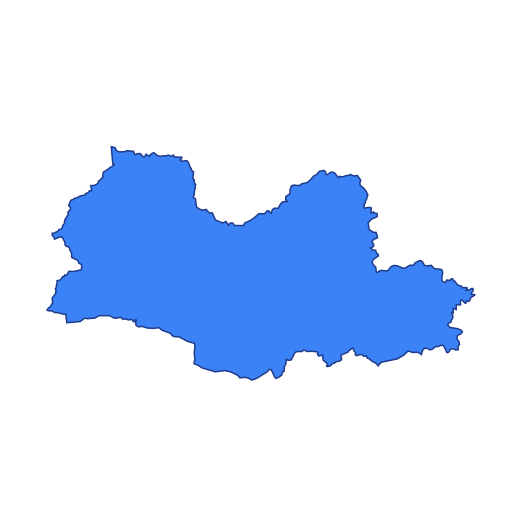 outline of Puriscal, San José, Costa Rica, rotated 264°
{"feature_id": "36466004B36005628367911", "entity_name": "Puriscal", "entity_type": "district", "adm_level": 2, "iso_a3": "CRI", "parent_name": "Costa Rica", "parent_adm1": "San José", "projection": "natural_earth1", "projection_center": [-84.357, 9.734], "detail": "fine", "context": "isolated", "style": "filled", "palette": "blue", "viewbox_px": 512, "rotation_deg": 264, "n_neighbors": 0, "source": "geoboundaries", "source_scale": "gbopen_adm2", "svg_char_len": 6087}
<svg xmlns="http://www.w3.org/2000/svg" viewBox="0 0 512 512"><g transform="rotate(264 256 256)"><path d="M369.3,165.3L369.2,163.9L367.7,161.3L366.6,160.8L367.3,158.5L368.6,157.7L368.6,156.9L366.9,156.3L366.3,154.8L367.6,152.9L369.0,152.6L370.2,150.8L369.8,149.4L370.3,148.5L369.4,147.4L369.5,146.4L373.2,144.8L372.8,143.9L373.6,142.2L373.3,141.1L373.7,141.0L374.1,139.8L374.1,138.1L373.4,136.3L373.9,130.7L375.1,128.5L378.7,127.0L378.8,125.1L379.5,124.7L379.8,123.5L362.2,123.2L361.5,124.4L360.3,123.0L359.4,120.2L357.9,118.6L357.4,116.6L356.6,115.9L355.4,113.0L351.9,112.0L350.4,112.1L349.0,110.0L347.9,109.1L346.8,107.1L345.4,106.9L344.0,105.0L343.1,102.7L343.3,99.0L338.1,99.5L338.3,97.3L336.5,95.5L335.8,93.1L334.6,92.6L334.1,87.7L332.6,84.0L332.3,81.4L331.3,80.1L330.9,77.9L328.8,76.4L327.5,76.1L326.3,74.9L324.9,75.4L323.7,76.6L322.0,76.4L319.2,73.6L316.3,73.3L314.7,71.7L311.4,69.4L308.5,68.9L306.2,66.8L304.2,66.3L303.3,65.2L302.8,62.8L300.9,61.0L300.6,59.1L299.8,58.2L300.0,55.8L297.9,55.6L295.5,57.2L293.8,57.4L295.4,62.8L295.0,65.2L290.3,67.2L286.3,67.5L285.3,68.7L284.8,70.4L283.4,71.4L281.3,71.5L278.4,72.9L274.1,72.5L273.3,73.2L270.9,77.4L269.5,78.6L267.3,79.1L266.2,81.1L265.4,81.6L261.5,81.2L260.5,80.3L259.7,73.2L260.3,68.3L256.7,65.8L257.1,63.8L255.3,62.9L255.9,61.8L252.7,59.0L252.2,55.5L249.7,55.4L248.3,54.6L245.6,54.0L244.3,53.0L242.6,53.6L239.2,52.5L235.5,48.9L230.4,48.9L229.4,47.7L227.4,46.6L226.1,44.2L224.0,42.5L223.1,44.1L222.7,47.6L220.9,49.6L220.2,53.7L218.5,57.5L218.0,60.7L209.4,60.9L209.2,74.4L212.1,79.0L211.3,81.6L211.1,89.0L212.9,93.6L212.9,95.8L211.9,104.3L209.2,108.2L208.8,110.1L209.1,115.1L207.1,116.9L206.8,120.4L205.8,122.3L205.8,126.3L203.8,127.0L203.4,127.6L205.0,128.8L205.2,130.0L204.4,130.3L203.4,129.4L201.4,129.2L199.8,129.5L198.4,130.9L197.7,132.2L198.0,135.0L195.7,140.5L194.8,146.2L194.8,152.0L191.9,155.0L187.8,163.3L185.6,164.1L184.2,166.9L183.6,171.1L178.2,179.1L175.6,185.5L174.5,185.9L169.9,185.4L166.9,184.5L159.3,184.4L156.2,183.1L155.2,183.3L153.7,186.5L150.3,190.8L145.1,203.3L145.3,213.6L144.6,214.8L143.7,218.0L139.3,225.3L136.5,227.2L136.5,232.6L135.2,236.0L133.2,238.4L133.5,241.4L134.8,245.1L139.7,255.1L141.8,257.4L141.3,259.3L133.6,261.9L132.4,262.7L132.2,263.5L133.3,266.5L135.0,269.2L137.8,270.1L138.2,271.8L143.1,272.7L145.8,274.5L150.0,275.2L148.8,277.3L149.0,280.2L155.6,284.4L156.4,285.8L156.6,287.8L156.2,291.4L157.4,293.8L157.4,294.4L155.8,296.3L155.3,302.2L154.1,307.4L153.3,307.5L152.1,306.9L150.0,307.8L150.4,311.9L145.5,311.8L141.4,315.7L140.6,315.8L139.3,314.6L138.7,315.1L138.6,315.9L138.9,318.4L141.1,320.8L141.1,322.6L142.3,324.1L142.7,327.8L143.6,329.8L144.4,330.4L147.4,330.0L148.6,330.3L150.8,337.5L152.0,338.2L154.2,342.1L154.1,342.9L151.5,343.5L149.2,345.0L147.4,344.3L146.3,346.2L147.0,347.9L146.9,351.0L145.0,352.8L145.0,355.6L143.0,355.8L142.2,357.4L138.7,361.0L136.5,364.5L134.0,365.9L136.9,369.0L137.3,370.1L138.9,385.7L142.1,392.9L145.4,396.9L145.2,398.6L143.8,401.2L143.3,406.7L142.1,408.7L140.7,410.1L144.5,411.8L145.6,412.6L146.6,414.6L146.2,416.8L144.6,418.8L144.6,420.0L144.9,421.7L147.0,424.7L147.0,428.0L147.7,430.0L147.7,431.8L147.4,432.8L146.2,433.6L139.9,435.8L140.1,437.4L143.3,440.2L142.9,442.8L141.6,444.9L141.6,447.3L145.2,447.4L146.7,449.2L149.8,448.8L152.4,447.2L155.0,447.7L156.1,448.5L157.1,451.5L158.9,453.4L160.8,452.4L162.7,448.8L164.6,441.4L167.5,439.4L168.6,440.0L170.0,443.0L172.4,443.9L173.0,444.8L175.8,445.6L177.6,444.7L179.5,444.7L178.8,446.3L183.4,446.6L181.8,449.5L186.5,450.0L186.0,454.4L189.4,454.5L190.8,455.5L190.7,456.4L187.5,458.6L187.0,459.8L189.1,460.3L189.2,461.4L188.5,462.2L189.1,463.6L192.2,465.4L194.3,469.5L194.7,469.5L195.5,466.2L196.6,466.2L198.6,468.3L200.9,468.3L201.2,467.3L199.9,464.1L200.2,461.4L201.7,462.6L202.6,462.3L202.9,457.7L204.5,457.3L205.4,454.6L206.9,452.9L210.1,451.2L210.2,450.1L212.9,449.1L212.7,447.6L211.4,446.4L212.2,443.1L210.0,441.8L210.0,440.9L210.8,439.5L212.0,438.4L214.7,438.5L220.2,439.9L222.7,439.4L223.5,438.1L224.8,432.0L228.4,429.3L228.3,424.1L229.3,422.5L232.7,421.0L234.3,419.2L234.0,417.2L232.7,413.7L230.2,411.4L230.8,408.2L228.5,403.2L228.5,400.8L231.4,395.7L232.2,392.2L231.6,390.0L230.6,388.4L227.7,385.9L227.6,383.0L228.5,379.9L228.5,378.4L228.2,377.1L227.1,375.5L227.5,373.9L232.1,374.0L234.6,372.0L237.4,370.7L240.1,372.1L243.3,377.7L244.5,377.9L246.9,375.9L249.1,375.6L250.0,372.4L252.0,370.7L252.5,372.8L254.2,374.3L256.0,374.0L257.4,372.8L258.6,372.9L260.5,375.5L261.1,378.2L261.9,378.8L262.9,378.8L266.9,377.9L267.4,374.9L268.6,373.8L270.2,371.3L277.3,371.0L280.4,374.5L282.5,380.6L285.1,380.9L285.8,380.6L286.1,378.4L287.6,377.4L286.9,375.9L287.0,374.6L290.9,375.7L292.1,375.4L292.6,372.5L292.2,369.4L292.7,368.5L296.0,368.9L297.4,370.3L299.4,370.6L300.3,371.5L305.1,373.6L309.2,372.2L312.7,369.7L315.4,367.0L318.2,366.9L319.4,367.8L320.7,368.0L325.5,365.1L325.3,362.1L327.3,358.0L326.5,357.5L326.5,353.7L325.7,351.1L325.9,348.9L326.5,347.4L325.4,345.9L329.9,343.3L331.3,341.3L331.5,339.1L329.7,336.0L329.5,334.5L330.7,333.9L332.3,334.0L334.0,332.6L333.6,327.9L330.6,324.7L329.5,321.7L325.9,317.9L323.6,314.5L323.0,308.8L321.6,307.0L321.9,303.8L322.6,301.2L322.0,298.6L318.7,296.9L314.3,296.3L312.1,291.9L309.0,291.4L307.1,292.7L307.0,288.1L305.2,285.8L301.1,283.0L301.6,280.2L301.3,278.4L300.0,276.9L297.0,275.7L298.0,274.2L299.6,273.5L299.6,271.4L297.0,268.9L297.9,263.5L294.2,258.2L292.0,254.3L290.1,248.4L287.6,246.6L288.6,237.6L290.6,236.8L291.5,235.4L291.2,233.4L289.4,231.9L293.5,229.7L292.3,226.3L296.1,219.4L303.5,217.1L303.7,216.1L303.2,215.3L303.3,214.6L306.3,212.0L307.5,211.5L307.2,207.6L308.4,204.9L311.1,201.9L318.9,201.8L319.5,201.5L320.3,200.0L321.8,200.0L323.3,200.9L327.8,201.8L329.8,202.8L332.2,202.6L333.2,203.5L335.2,202.5L338.5,202.4L339.5,201.2L346.4,202.7L347.6,200.9L349.6,200.8L350.9,199.9L355.6,198.7L357.7,197.6L358.3,195.8L358.0,194.2L358.3,191.4L358.8,190.8L359.7,190.8L360.6,192.2L362.0,192.4L363.0,185.1L365.0,184.5L364.1,182.7L365.5,179.2L365.0,176.4L365.4,174.2L365.0,171.4L366.6,167.9L369.3,165.3Z" fill="#3b82f6" stroke="#1e3a8a" stroke-width="1.5"/></g></svg>